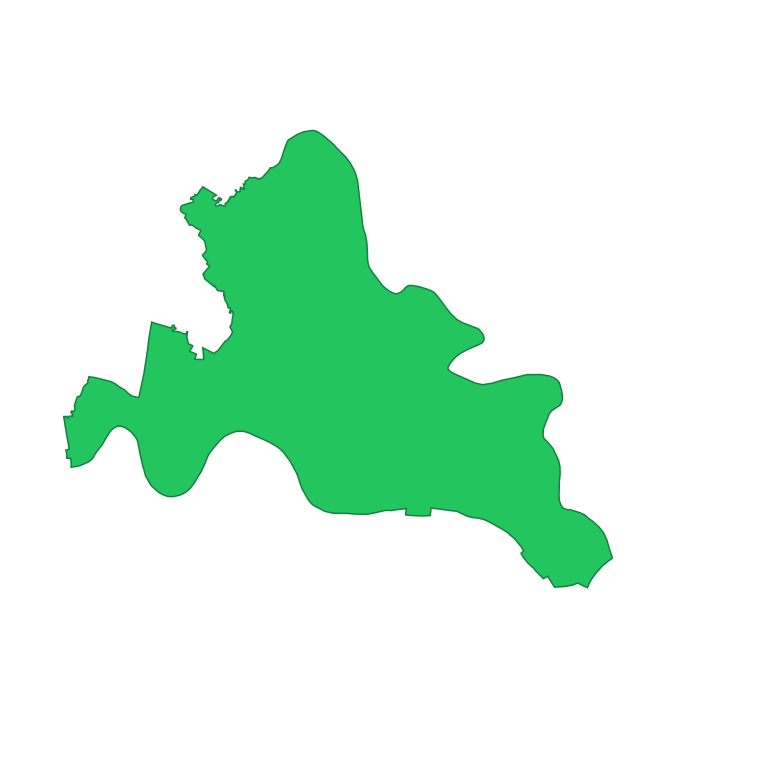 Que Vo, Bắc Ninh, Vietnam, rotated 24°
{"feature_id": "81297802B29506934186430", "entity_name": "Que Vo", "entity_type": "district", "adm_level": 2, "iso_a3": "VNM", "parent_name": "Vietnam", "parent_adm1": "Bắc Ninh", "projection": "albers", "projection_center": [106.153, 21.145], "detail": "fine", "context": "isolated", "style": "filled", "palette": "green", "viewbox_px": 768, "rotation_deg": 24, "n_neighbors": 0, "source": "geoboundaries", "source_scale": "gbopen_adm2", "svg_char_len": 6158}
<svg xmlns="http://www.w3.org/2000/svg" viewBox="0 0 768 768"><g transform="rotate(24 384 384)"><path d="M150.8,438.5L153.8,447.9L160.5,472.3L165.5,496.0L162.4,496.9L158.2,497.4L154.9,496.8L150.4,495.2L148.7,494.8L143.8,494.3L138.2,493.1L133.6,492.9L118.2,495.5L111.5,497.3L111.8,498.2L112.0,501.3L112.9,503.1L112.9,503.8L111.6,506.2L110.8,508.8L110.7,510.5L111.4,515.4L111.2,516.9L111.2,518.9L109.2,520.2L109.0,521.1L109.9,529.2L110.2,530.3L111.4,531.4L112.1,535.0L109.5,535.8L109.7,537.5L110.9,537.3L111.6,539.0L112.5,538.9L112.9,539.8L112.0,540.0L112.1,540.5L109.6,541.3L109.2,543.5L107.8,543.8L107.7,542.6L104.6,544.0L114.0,558.4L122.6,571.0L122.9,571.5L120.2,573.9L122.8,577.2L124.4,580.8L128.2,579.5L131.2,585.1L131.9,587.3L132.7,586.9L139.3,582.4L145.0,576.2L147.2,573.0L148.4,569.4L148.5,566.2L149.2,561.8L150.0,559.2L151.3,554.1L152.1,545.6L153.2,539.0L154.0,536.4L155.1,534.2L156.7,532.0L157.6,531.1L159.8,529.9L162.1,529.4L164.9,529.2L166.8,529.4L168.7,529.7L172.8,530.8L178.7,533.6L181.6,535.9L182.8,537.3L189.7,547.3L197.5,557.7L200.1,560.5L203.4,564.8L211.2,570.5L212.8,571.5L214.4,572.2L221.6,574.5L224.5,574.9L228.5,575.1L231.9,574.7L235.3,573.6L238.6,571.7L242.3,568.9L244.3,566.9L246.4,564.2L248.4,560.6L249.6,557.4L251.1,550.5L252.6,538.3L252.8,529.1L252.4,522.2L252.6,519.4L253.3,515.5L255.2,508.6L257.4,501.7L260.1,496.1L263.6,491.9L267.3,488.2L269.7,486.6L274.2,484.6L277.3,484.0L281.9,483.6L286.8,483.8L298.6,483.7L305.5,484.0L311.7,484.8L315.7,485.7L320.0,487.3L326.3,490.8L330.6,493.4L340.8,501.3L342.5,503.0L348.2,509.4L351.6,512.9L361.0,520.0L363.4,521.4L366.8,523.0L371.2,523.8L380.7,524.3L383.6,524.1L390.2,522.7L396.7,520.0L402.7,517.3L408.8,515.2L416.4,512.1L422.6,509.2L429.1,504.6L435.9,499.5L438.7,498.0L442.2,496.6L448.3,492.7L455.0,488.8L457.0,494.8L462.8,492.9L472.7,489.0L479.8,485.4L477.4,478.1L495.6,472.8L502.4,470.6L512.6,470.9L515.4,470.7L518.8,470.0L526.2,467.9L530.9,467.1L532.6,467.0L538.9,467.4L552.5,468.7L558.0,469.6L559.6,470.3L565.8,472.1L575.9,477.1L578.0,478.7L579.4,480.1L578.2,482.4L578.1,483.0L578.9,483.7L582.4,486.0L588.0,488.9L592.7,490.6L595.2,491.3L599.0,493.2L608.9,497.0L611.7,493.1L622.4,500.2L632.2,495.1L638.2,490.8L639.4,489.7L641.7,487.2L642.1,487.1L652.7,487.4L652.6,482.5L653.1,477.2L654.6,470.5L657.6,461.1L660.9,454.6L663.4,450.4L662.7,449.2L656.6,442.6L651.3,436.1L645.2,430.7L638.6,427.2L630.7,424.6L624.8,423.3L620.4,421.9L615.0,421.9L606.1,423.0L602.2,424.3L599.5,424.6L597.9,424.5L596.4,423.7L594.8,422.5L591.5,419.0L589.3,414.8L583.7,401.3L581.6,394.8L578.3,387.8L574.4,382.6L564.5,374.2L557.5,370.6L552.4,368.8L550.1,366.1L548.0,360.4L547.3,353.2L547.4,349.5L547.1,344.4L547.3,343.0L548.0,340.4L550.5,336.1L553.4,331.9L553.7,328.0L553.1,325.3L552.5,323.7L549.6,318.7L543.7,311.5L541.3,310.2L536.9,309.2L532.2,309.3L523.4,311.6L510.8,317.3L501.6,324.4L490.1,332.7L482.9,339.0L474.4,344.5L467.5,346.0L446.7,346.1L440.5,345.8L438.2,345.1L436.2,344.1L435.7,342.6L436.1,337.8L438.0,331.4L440.0,327.2L442.5,323.3L446.4,318.4L453.3,310.9L456.9,306.6L457.5,303.8L457.1,302.1L455.9,300.3L454.3,298.4L450.9,296.7L449.2,295.6L447.0,295.2L430.8,296.1L424.4,295.5L416.1,292.5L408.0,288.2L398.1,282.5L392.4,279.9L388.5,279.6L382.9,280.0L375.7,281.0L369.3,282.6L366.1,284.3L364.5,287.1L364.0,288.3L363.7,289.9L362.2,292.9L360.2,295.4L358.7,296.5L357.5,296.9L354.6,297.2L350.7,296.9L347.3,296.2L342.4,294.6L327.6,286.4L322.9,283.3L320.5,280.3L318.3,276.8L314.9,269.6L310.8,261.8L306.6,255.5L302.9,251.6L300.0,247.6L277.1,208.9L272.3,203.3L269.8,200.8L263.1,195.8L257.0,192.3L244.9,187.7L240.9,185.8L229.6,182.3L224.9,181.2L220.1,180.7L218.5,180.7L215.6,181.3L208.0,186.3L202.9,191.8L197.3,200.0L197.1,203.1L197.2,206.1L197.6,211.3L198.6,219.8L198.4,224.6L198.0,226.0L196.0,229.4L195.0,230.7L194.1,231.8L192.1,232.8L191.9,235.5L188.8,244.8L187.9,246.2L184.9,248.2L184.1,247.7L183.1,247.7L182.8,248.0L181.8,247.8L181.5,248.2L180.5,248.9L178.8,249.5L178.5,249.8L176.8,249.9L176.5,252.9L174.7,255.4L175.8,257.8L174.1,258.6L176.8,262.0L175.8,262.3L176.5,262.9L175.0,263.5L174.3,263.4L173.7,262.5L172.9,262.7L173.2,264.0L174.1,266.7L172.3,268.3L171.6,268.1L169.8,266.8L169.3,267.4L171.5,269.0L170.8,274.3L168.7,274.3L168.5,275.2L167.5,275.5L167.5,276.8L167.9,276.8L167.9,277.5L167.6,277.6L167.6,278.3L167.3,278.3L167.8,279.5L167.8,279.9L166.8,280.6L167.2,281.5L166.5,282.2L166.5,282.6L166.3,283.0L165.8,283.3L165.5,283.8L166.6,285.5L166.3,286.1L165.9,286.4L162.9,286.8L161.1,286.8L160.0,288.9L159.4,289.3L158.1,289.8L157.2,288.9L157.2,287.3L158.2,285.7L158.9,285.7L159.0,282.6L160.2,282.8L160.4,281.2L157.5,280.7L157.1,281.8L156.7,284.3L155.4,285.0L153.1,285.2L151.8,284.1L152.1,282.3L154.2,279.7L138.2,277.5L137.6,280.6L137.1,282.1L136.8,285.1L136.3,286.6L136.3,287.6L134.3,287.7L134.8,288.9L131.7,292.4L132.3,294.0L134.5,293.0L135.9,295.5L134.0,296.8L127.2,302.7L126.5,304.3L126.5,305.3L126.9,307.2L127.9,308.6L129.8,309.3L132.2,309.7L133.8,309.5L134.1,310.1L134.4,311.8L134.3,313.2L135.6,313.6L136.8,314.3L141.6,318.0L142.0,317.6L144.8,316.9L149.5,318.1L154.2,318.1L154.1,323.5L160.5,325.6L162.2,326.5L167.2,333.6L167.3,335.0L166.7,337.4L165.7,340.0L166.6,340.8L169.1,342.3L173.4,344.1L172.9,346.4L176.8,347.3L174.4,355.3L174.0,357.4L175.8,359.0L177.6,361.0L189.2,364.1L189.5,363.4L194.0,366.3L200.0,364.6L201.6,368.4L202.0,368.1L202.3,368.6L202.9,368.5L202.9,369.8L205.0,372.4L208.4,374.9L208.8,374.9L209.1,376.0L210.5,377.7L211.6,377.6L212.6,376.9L213.5,379.2L213.7,381.7L215.0,381.7L214.8,379.8L214.9,379.5L215.6,379.2L216.5,379.2L217.0,379.8L216.9,381.0L217.6,381.1L218.2,382.3L218.6,385.3L220.4,390.7L220.0,394.4L224.4,398.1L224.5,399.3L224.2,403.0L222.8,407.6L222.0,408.8L221.5,409.2L219.2,419.4L218.1,422.0L216.9,423.7L216.6,425.2L203.6,424.6L206.6,429.7L209.4,435.0L201.1,438.4L200.9,437.8L200.6,433.0L193.2,433.2L193.2,431.3L193.7,430.1L193.8,428.7L193.6,426.8L189.0,426.8L184.7,421.2L183.3,416.2L182.7,416.4L182.6,416.6L183.1,418.7L179.7,419.6L177.2,419.6L174.0,420.0L169.5,421.8L168.8,421.5L168.8,421.0L171.5,418.3L170.7,417.2L169.2,417.2L168.9,417.0L168.6,415.8L167.0,416.4L166.8,419.4L148.5,421.9L146.6,421.9L150.8,438.5Z" fill="#22c55e" stroke="#15803d" stroke-width="1.5"/></g></svg>